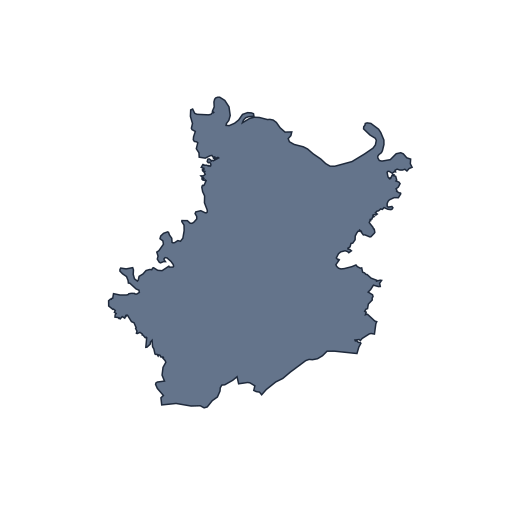 Faridpur, Dhaka, Bangladesh (Mercator projection), rotated 128°
{"feature_id": "16705992B67131385183639", "entity_name": "Faridpur", "entity_type": "district", "adm_level": 2, "iso_a3": "BGD", "parent_name": "Bangladesh", "parent_adm1": "Dhaka", "projection": "mercator", "projection_center": [89.785, 23.466], "detail": "fine", "context": "isolated", "style": "filled", "palette": "slate", "viewbox_px": 512, "rotation_deg": 128, "n_neighbors": 0, "source": "geoboundaries", "source_scale": "gbopen_adm2", "svg_char_len": 6141}
<svg xmlns="http://www.w3.org/2000/svg" viewBox="0 0 512 512"><g transform="rotate(128 256 256)"><path d="M343.1,162.9L336.0,159.5L326.4,157.5L307.8,152.4L304.8,150.5L303.0,147.7L299.1,144.3L293.7,142.2L287.3,141.4L282.7,135.6L270.7,116.4L264.4,118.9L260.2,119.6L260.0,120.5L261.1,122.2L260.8,124.3L261.8,125.4L261.3,126.3L258.3,123.3L258.4,121.7L255.7,121.6L247.5,118.7L246.2,117.6L244.6,114.6L235.5,119.9L233.4,120.4L234.1,122.4L233.3,131.9L233.5,132.7L234.9,133.6L232.4,134.6L232.7,136.3L230.2,136.6L228.8,135.7L224.7,137.9L219.1,137.3L217.6,138.6L215.9,138.8L214.8,140.3L215.4,145.4L211.9,145.0L206.7,145.5L204.7,140.6L203.5,139.3L201.4,141.8L197.9,142.0L198.6,143.3L201.5,145.5L200.8,145.9L202.6,151.7L202.2,157.0L202.8,158.0L202.5,160.1L203.1,162.0L200.3,165.4L201.4,166.4L202.0,169.7L201.5,171.7L205.4,173.9L211.6,178.7L213.9,181.1L214.8,183.5L214.5,186.2L213.6,187.7L207.7,188.0L207.7,188.8L208.5,189.3L208.1,191.5L203.4,192.4L200.6,191.8L197.0,189.0L196.1,186.5L196.3,184.9L193.2,184.0L193.1,186.2L193.9,187.8L193.3,188.4L190.9,187.5L187.6,188.9L186.3,187.7L182.2,187.9L179.2,190.1L175.5,190.8L173.6,190.8L173.0,189.9L171.8,190.4L171.7,188.3L172.2,188.4L173.3,184.4L172.3,183.2L170.9,178.1L170.1,177.3L165.2,176.8L164.2,176.9L162.0,179.4L162.3,179.9L161.3,181.8L160.0,187.3L158.2,187.9L157.5,187.4L156.9,188.5L155.5,187.4L153.9,188.0L152.3,187.2L152.4,188.6L151.6,189.0L150.5,188.2L150.0,186.8L148.3,186.3L148.4,188.5L146.2,188.3L144.9,187.2L142.2,186.8L141.5,185.1L139.0,184.9L138.0,180.9L136.4,178.2L135.3,177.6L133.7,177.8L133.3,179.4L136.1,181.9L135.9,183.4L133.8,185.0L131.5,185.6L129.5,185.4L125.0,183.1L122.4,179.7L117.9,180.2L117.4,180.9L118.1,182.1L118.4,185.0L117.7,185.2L116.8,187.0L114.1,186.3L110.3,187.0L109.8,188.9L110.7,191.9L109.5,191.9L107.2,195.0L108.0,197.1L107.1,197.2L107.6,198.2L108.5,198.5L111.2,197.8L111.7,198.3L112.2,197.7L113.0,198.3L112.4,200.7L109.3,204.3L108.1,204.2L107.3,203.1L106.9,199.5L104.6,199.0L103.8,197.8L102.9,199.2L100.7,198.3L99.7,195.6L98.1,193.5L96.0,192.1L96.1,189.4L92.8,189.2L90.0,187.6L88.3,191.2L84.4,193.8L85.8,197.6L84.8,202.8L85.5,205.5L89.1,208.5L97.4,209.5L103.7,215.2L104.8,217.6L103.8,220.3L102.4,221.5L100.4,221.6L97.4,220.8L95.2,221.2L89.4,223.8L85.9,226.6L81.9,233.7L80.6,237.5L80.8,247.1L82.7,250.4L84.3,251.5L85.8,250.7L87.8,250.7L89.6,249.5L90.5,240.8L89.8,234.5L90.8,232.4L95.0,230.3L99.0,230.2L108.8,233.3L122.5,238.5L136.8,249.2L139.6,252.9L140.3,257.9L139.7,264.6L140.3,273.9L139.9,281.2L140.8,285.9L144.6,294.6L145.4,300.0L143.7,302.9L139.7,302.6L136.2,304.2L140.5,309.4L140.1,316.0L138.2,322.2L138.3,326.2L139.8,329.2L141.4,330.9L144.8,338.7L147.8,342.9L151.8,345.8L159.4,348.7L156.5,349.6L153.3,349.2L150.7,347.5L147.1,343.7L145.4,345.6L146.1,347.8L148.2,350.9L152.7,353.8L159.5,353.4L164.6,354.6L169.8,357.4L171.5,360.0L169.7,360.9L165.9,360.9L161.2,362.8L155.1,369.1L152.6,376.4L153.2,382.3L154.4,383.9L156.3,385.1L157.9,385.1L160.5,384.0L164.3,380.7L168.8,379.5L168.8,377.7L169.4,377.8L169.4,378.6L172.1,378.7L174.0,380.3L180.7,389.8L181.3,392.2L179.2,396.4L181.1,397.4L186.3,393.7L190.7,387.6L195.1,385.6L195.8,384.2L195.2,380.5L200.5,378.6L203.0,377.0L203.7,375.1L202.6,373.1L202.6,371.6L208.2,369.1L209.8,364.5L213.1,361.6L210.1,356.2L205.4,354.0L203.9,352.7L204.5,350.6L203.3,349.5L203.6,349.0L205.1,349.5L205.2,348.8L201.7,346.7L201.7,345.8L207.2,348.2L207.6,349.3L208.9,349.7L208.2,350.8L208.3,352.7L209.4,353.6L211.6,352.6L211.9,351.0L210.9,350.3L211.0,348.9L211.7,347.8L212.9,347.2L213.6,347.4L213.7,348.8L214.4,348.9L214.9,350.9L216.6,352.8L216.2,353.4L216.6,354.2L219.9,353.7L219.0,351.1L220.6,351.3L220.3,350.4L221.5,350.8L221.8,350.3L221.1,349.6L221.7,349.1L221.1,348.4L221.9,348.4L222.9,346.3L225.2,346.8L226.8,348.7L227.4,345.8L226.8,345.7L226.9,344.8L227.8,344.7L228.0,346.2L228.6,346.1L228.9,344.8L228.1,343.0L227.3,342.8L227.3,341.7L231.6,340.6L232.7,340.6L232.9,341.4L233.8,341.6L235.2,341.0L238.2,337.6L240.3,333.5L245.8,329.4L249.9,322.6L251.4,321.5L252.4,321.6L253.2,322.5L254.3,327.4L258.3,330.6L260.1,330.1L261.3,327.1L263.3,325.5L267.8,325.8L269.6,326.5L270.7,328.0L270.4,331.9L273.7,336.2L274.6,335.6L276.0,331.7L280.3,328.2L287.0,324.6L290.9,324.6L292.0,327.1L295.5,328.3L296.7,329.4L297.0,330.5L293.9,333.3L292.7,337.2L291.2,339.5L291.4,340.5L295.0,342.8L298.9,343.4L301.5,342.3L301.4,338.7L303.7,336.2L311.7,335.8L314.0,336.6L316.4,333.1L319.2,331.9L320.5,328.3L320.2,327.0L317.5,325.5L316.2,323.9L315.5,326.2L314.7,326.8L313.2,326.6L312.3,325.0L312.6,319.7L313.7,315.9L314.8,314.6L315.9,314.6L318.1,317.4L317.7,318.4L325.4,321.0L327.8,324.6L328.3,329.5L329.1,330.0L331.0,329.7L332.0,331.4L335.1,333.7L339.8,334.0L344.0,335.6L347.4,334.0L348.8,334.0L348.8,337.7L346.1,341.4L342.4,344.0L341.1,346.0L346.1,350.4L348.8,355.2L350.4,354.9L351.7,353.9L352.2,350.2L351.9,345.4L354.0,341.8L355.9,339.9L355.1,338.6L355.8,330.2L355.0,327.2L356.5,325.5L359.5,326.6L360.4,327.9L360.3,328.7L362.2,331.3L364.1,333.0L365.2,333.0L366.5,334.1L370.5,339.2L373.4,345.1L377.5,342.9L378.6,343.8L379.2,343.4L379.8,344.2L382.0,344.6L386.1,341.3L386.2,336.0L385.6,335.6L385.6,333.3L387.6,332.9L387.4,330.8L389.2,330.7L391.0,329.5L389.5,327.0L389.6,325.6L389.0,325.7L389.1,324.3L386.1,324.1L385.8,321.2L382.9,322.0L382.6,321.7L383.0,321.3L382.0,321.3L381.8,320.8L384.4,313.7L383.7,311.0L386.3,306.3L387.2,306.3L388.5,303.5L390.5,302.7L390.3,301.9L387.6,300.4L387.5,297.6L388.3,297.1L387.9,296.1L388.6,293.2L388.4,292.7L387.7,292.6L387.7,291.8L395.8,286.6L395.0,285.8L390.6,285.1L388.7,286.2L386.4,286.0L391.2,281.6L392.1,279.3L395.4,275.3L395.4,274.6L394.4,273.4L395.1,271.5L394.3,271.6L394.2,272.4L393.6,271.4L393.3,270.3L394.2,269.1L392.8,266.9L393.0,266.5L393.7,266.9L394.4,263.1L395.3,261.6L401.0,260.7L407.7,256.7L410.9,251.1L416.0,256.1L417.6,256.7L419.0,256.1L421.1,252.2L422.9,243.1L426.3,243.6L431.4,238.6L421.4,228.2L414.2,214.8L408.3,207.7L407.6,203.4L405.0,201.5L396.9,201.4L390.9,199.6L384.6,201.2L381.9,203.0L378.8,203.5L376.7,201.3L368.2,197.8L362.8,196.6L367.4,191.0L360.9,184.8L359.7,182.8L359.0,177.0L363.3,175.0L362.7,172.3L361.1,169.4L361.9,166.1L354.9,165.7L343.1,162.9Z" fill="#64748b" stroke="#1e293b" stroke-width="1.5"/></g></svg>